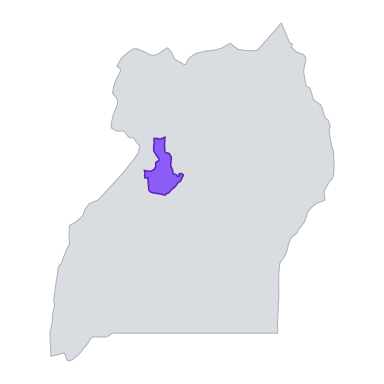 Masindi on a map of Uganda (Robinson projection)
{"feature_id": "UGA-3102", "entity_name": "Masindi", "entity_type": "District", "adm_level": 1, "iso_a3": "UGA", "parent_name": "Uganda", "parent_adm1": "", "projection": "robinson", "projection_center": [31.719, 1.811], "detail": "fine", "context": "in_parent", "style": "filled", "palette": "violet", "viewbox_px": 384, "rotation_deg": 0, "n_neighbors": 0, "source": "natural_earth", "source_scale": "10m", "svg_char_len": 3099}
<svg xmlns="http://www.w3.org/2000/svg" viewBox="0 0 384 384"><path d="M277.7,333.2L271.9,333.2L262.6,333.2L253.3,333.2L244.0,333.2L234.7,333.2L225.3,333.2L216.0,333.2L206.7,333.2L197.4,333.2L188.0,333.2L178.7,333.2L169.4,333.2L160.1,333.2L150.7,333.2L141.4,333.2L132.1,333.2L122.8,333.2L117.3,333.2L116.2,333.0L115.4,332.8L111.9,333.5L108.2,336.1L104.4,337.2L100.2,336.8L99.7,337.0L97.6,337.0L94.6,336.8L91.9,337.5L89.8,339.8L87.6,343.7L83.8,348.1L80.8,352.1L78.3,354.9L72.5,359.6L69.3,361.0L67.7,360.7L66.8,359.9L64.9,353.9L63.8,353.0L52.5,356.0L50.8,356.1L50.9,354.2L50.1,340.3L50.0,331.7L51.5,326.3L52.3,320.2L52.4,314.7L54.5,305.5L53.7,299.9L56.4,280.4L57.1,277.2L58.1,267.8L59.8,264.9L61.3,263.8L63.2,258.0L66.9,248.8L69.5,244.0L69.0,233.6L69.4,226.6L70.0,225.0L75.4,222.4L82.6,215.9L85.6,208.2L89.8,203.3L98.0,200.1L122.4,173.7L133.7,159.5L138.7,152.2L138.8,149.6L139.8,146.2L137.8,143.5L135.5,141.1L134.7,138.9L132.6,137.7L129.7,137.8L127.8,136.2L125.6,133.0L123.4,130.9L116.5,131.1L111.2,127.8L111.3,123.4L113.3,114.6L117.4,104.6L117.6,101.8L117.0,99.5L116.1,97.4L114.2,95.4L112.5,93.0L113.9,85.8L116.4,78.7L118.5,75.2L120.5,71.2L119.9,68.0L117.0,66.4L118.5,63.2L121.7,57.8L128.0,52.4L133.4,48.9L137.1,48.8L144.2,51.7L150.6,55.1L154.1,55.3L158.4,53.8L167.3,47.8L169.4,49.7L172.0,53.4L174.8,59.4L180.4,62.2L183.1,64.1L185.0,64.6L186.0,64.1L188.2,59.4L190.7,56.8L195.4,53.6L205.9,51.0L213.3,50.2L216.5,49.6L221.8,48.1L230.1,43.2L238.3,49.5L247.2,50.7L255.9,50.7L258.5,48.8L260.0,47.3L269.1,37.0L281.4,23.0L289.6,42.7L292.4,43.9L292.0,45.6L291.3,47.2L296.7,52.0L303.2,54.4L305.6,56.9L305.8,59.5L303.6,71.0L304.0,74.3L306.1,85.8L310.1,88.4L313.6,100.0L320.6,104.9L321.6,106.3L323.2,111.9L325.4,118.1L327.1,119.5L328.1,119.9L330.2,126.4L329.0,130.1L330.6,141.2L333.3,151.2L334.0,163.1L334.0,168.3L333.9,171.5L333.3,176.1L332.1,178.7L329.8,181.2L327.4,185.2L325.2,189.5L323.8,191.6L324.9,198.1L324.6,199.8L324.0,200.6L320.9,201.6L316.8,203.3L314.3,205.0L310.8,208.2L308.0,211.8L304.3,222.2L298.1,230.2L297.1,232.9L291.2,237.7L288.6,243.7L287.0,251.0L284.7,256.2L279.8,263.3L278.7,274.7L278.8,297.3L277.5,323.1L277.7,333.2Z" fill="#d9dde1" stroke="#a8b0b8" stroke-width="1"/><path d="M183.3,175.8L182.4,176.9L181.5,179.4L180.0,181.6L178.8,182.4L177.6,182.9L175.7,186.0L173.9,187.8L171.8,189.3L168.5,193.1L167.5,193.3L166.5,193.6L165.3,195.1L163.0,194.8L160.6,194.0L152.4,192.8L150.9,192.2L149.7,191.2L148.8,190.0L148.6,187.0L147.9,178.8L147.6,177.5L146.4,177.8L145.2,178.2L144.5,176.0L145.1,172.8L144.6,172.1L144.6,171.2L144.4,170.4L147.4,171.0L150.7,171.3L154.2,169.3L155.7,166.7L155.7,162.7L157.2,161.3L158.7,161.0L159.2,159.6L158.5,157.9L157.0,156.4L155.5,153.6L153.7,151.0L153.7,146.5L154.2,142.5L154.0,138.4L157.6,138.4L158.1,138.5L158.7,139.1L159.1,139.2L160.1,139.1L165.0,137.2L164.5,144.5L164.8,151.3L165.8,152.7L167.8,153.0L169.3,153.6L170.3,155.3L171.3,157.0L171.3,159.6L170.8,163.3L170.8,166.1L172.1,168.7L172.8,171.0L172.8,173.3L174.3,174.1L176.4,174.7L177.4,176.4L179.1,176.1L179.1,173.8L181.4,173.5L183.2,174.7L183.3,175.8Z" fill="#8b5cf6" stroke="#5b21b6" stroke-width="1.5"/></svg>